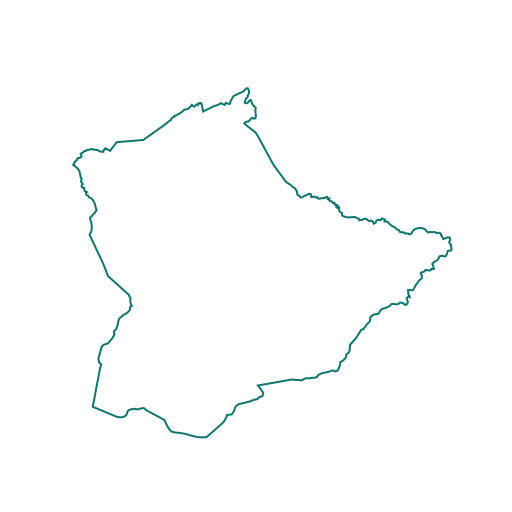 outline of Nuevo Parangaricutiro, Michoacán, Mexico, rotated 257°
{"feature_id": "50627088B13133644207596", "entity_name": "Nuevo Parangaricutiro", "entity_type": "district", "adm_level": 2, "iso_a3": "MEX", "parent_name": "Mexico", "parent_adm1": "Michoacán", "projection": "albers", "projection_center": [-102.175, 19.394], "detail": "fine", "context": "isolated", "style": "outline", "palette": "teal", "viewbox_px": 512, "rotation_deg": 257, "n_neighbors": 0, "source": "geoboundaries", "source_scale": "gbopen_adm2", "svg_char_len": 6131}
<svg xmlns="http://www.w3.org/2000/svg" viewBox="0 0 512 512"><g transform="rotate(257 256 256)"><path d="M328.5,102.7L324.3,103.1L319.6,102.1L316.5,100.8L314.3,98.6L282.3,105.5L269.7,107.3L246.6,123.5L245.2,123.5L243.4,124.2L240.5,123.4L237.8,123.2L235.3,123.8L234.8,122.2L232.0,120.9L231.1,120.0L230.2,118.6L228.9,116.2L228.7,114.6L228.3,113.5L225.8,108.7L222.4,106.6L221.1,106.4L216.2,103.3L215.0,101.3L214.2,100.5L213.7,100.4L212.5,100.6L211.2,100.3L208.4,97.7L204.7,92.9L204.0,90.9L203.8,87.7L203.2,86.4L202.3,85.4L201.1,84.5L195.8,81.8L192.6,79.8L191.4,79.3L189.3,79.4L187.6,79.1L186.0,80.4L184.6,80.6L182.1,79.0L145.8,63.0L130.3,84.7L128.9,89.3L129.1,91.2L129.6,92.6L130.4,94.0L131.5,94.8L133.5,95.9L134.5,97.5L134.7,99.7L134.5,102.8L134.3,104.0L133.3,105.8L133.0,106.7L133.4,109.4L133.1,112.4L132.5,113.1L130.7,114.1L116.9,129.8L109.8,131.4L106.9,132.5L104.0,134.0L102.4,137.0L100.4,143.0L98.7,146.8L94.9,153.7L92.6,158.6L92.0,160.7L91.3,163.1L90.6,167.1L101.5,187.1L105.6,190.9L107.7,192.1L107.2,195.1L107.2,196.9L110.0,199.8L113.0,201.5L114.0,202.4L115.5,205.9L115.6,214.9L115.7,217.6L116.3,221.4L116.2,224.5L116.5,225.6L117.5,226.9L117.8,228.0L117.8,230.0L118.0,230.7L119.9,232.0L121.4,232.2L129.4,228.8L127.6,263.0L124.5,272.9L125.3,274.9L125.7,277.6L125.0,279.2L124.2,286.8L124.3,288.0L125.6,289.3L126.3,290.8L127.0,294.1L126.8,300.5L127.3,304.2L127.0,305.6L125.8,307.0L125.7,308.1L125.9,309.2L126.3,310.1L129.2,312.3L132.7,314.1L133.6,314.2L134.1,315.3L134.2,316.5L135.7,319.3L137.4,321.1L139.8,322.0L141.0,324.5L141.5,325.1L142.8,325.9L148.4,327.7L153.6,335.1L160.1,341.6L160.6,342.5L160.5,343.7L160.8,344.3L162.2,346.3L164.3,348.4L166.2,351.6L167.0,352.4L170.6,353.8L171.3,354.6L171.9,355.8L172.5,357.9L172.1,360.8L172.3,362.6L173.9,363.8L175.6,365.8L176.1,367.5L176.4,372.0L177.2,374.8L178.6,377.0L178.7,378.2L177.2,382.4L177.5,384.7L178.2,386.0L177.7,387.6L176.6,388.9L174.6,390.6L175.3,392.3L176.5,393.5L178.4,393.6L180.8,393.2L181.8,394.5L182.0,395.3L181.2,396.5L182.4,396.6L184.5,395.8L186.8,396.3L188.5,396.3L188.8,396.5L187.4,401.0L187.7,401.7L191.5,404.9L193.0,406.8L195.5,409.4L196.6,411.9L197.1,412.5L199.4,413.2L200.2,413.2L201.3,412.6L202.4,412.7L202.8,413.6L202.9,416.3L203.1,416.7L204.0,417.4L204.1,418.0L204.1,418.9L203.3,420.2L202.9,421.5L202.8,422.9L203.9,423.7L203.4,426.4L207.2,426.4L208.0,426.0L208.5,426.0L209.1,426.3L210.4,429.0L211.0,431.3L212.2,433.1L213.2,433.6L214.5,435.1L214.4,436.7L214.5,437.3L213.0,439.9L213.3,440.9L213.9,441.6L215.7,442.9L217.3,443.6L217.7,444.0L217.9,444.6L217.4,446.9L217.5,447.4L218.1,447.9L220.9,448.4L221.8,447.9L222.3,448.3L223.0,448.5L223.6,448.4L224.7,447.5L226.3,447.4L228.0,448.9L229.2,449.0L230.0,448.7L230.7,448.7L230.7,447.8L231.1,447.0L230.3,442.5L230.8,442.1L231.3,442.3L232.4,441.8L233.2,441.7L234.6,441.0L235.9,441.2L237.3,440.0L237.7,439.0L237.5,438.0L237.7,437.0L239.1,435.6L239.6,434.7L239.4,433.1L240.1,431.7L240.3,430.5L240.0,429.4L240.2,428.9L242.6,427.3L243.6,427.0L244.8,425.7L246.4,423.0L246.7,419.0L246.3,416.4L245.6,415.1L244.2,413.5L243.1,412.7L242.5,411.8L242.6,410.6L243.0,409.6L243.5,409.4L243.9,408.7L244.3,407.3L244.4,406.0L245.5,405.5L246.0,404.9L246.5,402.7L247.1,401.6L248.9,401.2L250.2,399.3L251.0,398.6L252.4,398.1L255.1,394.8L257.2,393.2L259.8,391.9L260.4,390.4L260.8,389.0L262.5,389.7L264.3,387.0L262.8,385.5L263.8,383.6L263.5,381.5L261.6,380.1L261.1,378.0L263.3,377.7L263.8,377.2L264.5,376.2L264.5,374.0L267.4,371.8L267.9,369.4L267.4,367.8L267.5,364.8L269.1,364.5L271.9,360.8L272.3,357.5L272.6,356.8L272.8,354.6L273.6,352.5L274.1,351.9L274.9,350.3L276.1,349.1L279.0,349.3L279.9,347.8L281.2,347.4L282.2,347.2L284.9,347.8L284.6,346.0L285.2,345.4L286.1,345.2L286.4,345.6L286.3,346.7L287.4,346.7L288.4,344.2L289.3,344.1L290.0,344.4L290.4,342.8L292.1,342.2L293.1,340.3L293.7,340.0L294.4,339.9L295.3,340.3L295.1,338.9L295.4,338.7L296.5,339.1L297.3,338.8L297.7,337.6L297.1,336.2L297.6,331.6L297.6,330.1L298.7,329.1L299.5,329.1L299.4,328.0L299.5,327.3L299.9,326.9L300.5,326.7L300.9,326.1L301.0,325.1L300.6,324.1L300.9,323.2L303.9,323.3L304.6,322.1L304.6,321.0L303.9,319.0L303.5,315.6L302.8,314.2L302.9,312.8L303.4,312.3L305.0,311.8L306.3,310.3L306.9,310.1L309.5,310.4L313.0,309.3L315.5,307.0L317.5,305.7L320.8,302.5L322.1,301.6L340.1,293.9L345.2,292.3L369.1,285.8L375.6,283.7L377.7,282.4L384.1,277.1L387.9,274.4L389.0,276.3L389.0,278.0L388.7,279.0L389.0,279.6L391.2,282.2L391.4,283.2L391.4,284.0L390.6,284.3L390.3,284.9L390.2,285.9L390.5,286.5L391.8,287.2L399.0,288.3L399.6,288.8L400.4,289.0L404.7,286.6L409.0,286.1L409.3,285.5L408.0,283.3L407.2,282.7L407.1,280.2L407.5,279.8L408.3,279.6L409.3,280.1L412.0,282.0L412.5,283.5L414.1,284.1L416.2,285.9L418.0,286.4L421.4,285.7L421.4,284.1L420.8,283.0L419.2,280.9L418.2,275.6L416.8,270.0L412.5,265.9L410.4,265.2L410.2,264.4L410.4,263.5L411.9,261.1L411.5,260.4L410.6,259.9L410.3,259.4L413.0,255.7L412.2,254.6L412.0,253.8L411.3,248.1L408.7,236.9L414.7,237.2L417.2,237.0L417.1,236.3L417.8,235.9L417.9,235.3L416.7,234.0L417.3,234.1L417.4,233.4L415.7,229.5L415.3,229.2L415.5,228.9L417.0,228.2L417.7,227.4L417.0,226.9L414.5,222.4L414.5,221.0L414.8,219.4L412.5,215.0L410.7,208.9L411.1,208.1L410.9,207.8L410.0,207.6L409.7,205.6L408.9,204.5L407.7,203.8L406.8,201.4L403.8,195.0L394.4,172.2L398.2,146.4L398.0,145.6L391.3,137.5L394.8,133.5L394.4,132.9L393.7,132.9L393.6,131.6L393.0,130.9L391.9,130.7L392.8,127.6L394.9,125.4L395.3,124.3L395.9,123.2L395.8,122.4L396.3,121.3L397.3,120.2L397.0,118.0L397.4,115.5L396.7,114.1L396.9,112.1L396.0,111.3L395.1,108.2L393.9,108.1L392.8,108.4L392.0,108.4L391.3,107.0L391.2,105.7L391.5,104.6L390.8,103.7L389.8,103.0L389.6,102.1L388.7,101.5L388.7,100.8L387.3,99.4L386.0,99.3L385.8,98.5L382.2,101.4L380.1,102.5L377.8,103.1L372.0,102.9L369.8,103.4L369.0,102.7L367.6,102.3L365.4,103.4L364.6,103.2L364.2,102.1L363.5,101.8L362.4,101.8L361.6,102.5L361.1,103.9L360.1,103.6L358.2,103.5L356.3,105.6L356.0,104.8L355.5,104.3L354.9,104.3L353.8,104.6L353.0,105.2L352.5,106.0L350.7,106.4L350.4,107.3L348.0,109.3L345.0,110.4L342.2,110.7L336.2,110.9L335.3,109.4L334.3,108.8L333.9,107.6L331.9,105.1L330.7,103.0L328.5,102.7Z" fill="none" stroke="#0f766e" stroke-width="2"/></g></svg>